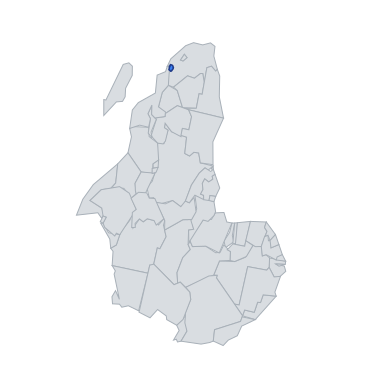 eSwatini on a map of Africa (Equal Earth projection), rotated 192°
{"feature_id": "SWZ", "entity_name": "eSwatini", "entity_type": "country or territory", "adm_level": 0, "iso_a3": "SWZ", "parent_name": "Africa", "parent_adm1": "", "projection": "equal_earth", "projection_center": [31.569, -26.526], "detail": "fine", "context": "in_parent", "style": "filled", "palette": "blue", "viewbox_px": 384, "rotation_deg": 192, "n_neighbors": 49, "source": "natural_earth", "source_scale": "50m", "svg_char_len": 10619}
<svg xmlns="http://www.w3.org/2000/svg" viewBox="0 0 384 384"><g transform="rotate(192 192 192)"><path d="M245.9,201.0L262.8,217.0L262.7,233.4L266.2,241.2L263.6,243.7L247.9,246.3L245.4,237.3L235.8,232.7L232.3,224.9L231.3,216.3L235.9,211.4L234.8,201.8L245.9,201.0Z" fill="#d9dde1" stroke="#a8b0b8" stroke-width="1"/><path d="M116.8,81.4L116.0,87.5L106.1,87.3L104.9,97.8L102.0,98.1L101.0,106.2L88.0,107.6L103.6,80.3L116.8,81.4Z" fill="#d9dde1" stroke="#a8b0b8" stroke-width="1"/><path d="M231.3,216.3L235.8,232.7L229.5,233.5L228.3,247.5L232.3,249.1L232.6,253.7L224.5,246.7L208.7,244.5L207.1,228.2L201.9,226.7L198.5,231.2L193.6,231.6L189.9,222.2L176.7,221.8L181.1,216.3L184.3,218.3L188.8,212.1L194.0,198.7L196.9,178.8L199.9,175.3L209.2,179.6L219.6,174.3L225.1,174.4L228.4,178.5L232.5,177.1L237.2,187.4L233.1,194.3L231.3,216.3Z" fill="#d9dde1" stroke="#a8b0b8" stroke-width="1"/><path d="M270.5,204.1L268.5,184.9L272.2,178.7L281.2,175.4L290.0,162.5L276.9,157.5L273.3,151.5L275.1,147.7L279.8,152.1L300.2,145.3L297.3,162.2L290.1,178.7L270.5,204.1Z" fill="#d9dde1" stroke="#a8b0b8" stroke-width="1"/><path d="M262.8,217.0L245.9,201.0L249.5,188.7L246.2,178.6L250.3,173.2L259.4,181.4L271.3,180.0L268.5,184.9L270.5,204.1L262.8,217.0Z" fill="#d9dde1" stroke="#a8b0b8" stroke-width="1"/><path d="M216.2,161.5L213.8,159.7L212.7,158.4L213.0,153.6L208.0,142.9L211.6,129.8L214.3,130.1L214.5,111.7L218.1,111.7L218.2,103.4L254.8,103.4L256.9,117.5L259.8,120.1L255.0,124.5L253.3,138.8L247.0,151.3L246.1,159.6L242.2,144.4L237.8,154.8L233.5,152.7L230.2,156.5L223.2,156.2L217.9,152.8L214.0,159.9L216.2,161.5Z" fill="#d9dde1" stroke="#a8b0b8" stroke-width="1"/><path d="M214.4,113.5L214.3,130.1L211.6,129.8L208.0,142.9L210.9,149.1L195.2,163.0L186.6,165.0L182.6,155.9L187.4,154.0L184.9,139.8L181.7,135.4L187.4,125.9L189.9,110.1L187.1,99.9L190.3,97.6L214.4,113.5Z" fill="#d9dde1" stroke="#a8b0b8" stroke-width="1"/><path d="M192.7,317.2L194.0,315.2L199.1,319.1L203.3,316.7L202.8,301.8L206.1,310.1L208.3,309.7L213.3,303.8L220.5,304.7L231.9,290.7L237.3,291.4L239.6,300.1L239.3,306.1L236.9,305.7L235.8,309.8L237.6,312.0L242.3,309.8L240.4,317.9L228.6,333.8L221.5,338.4L212.1,338.1L204.9,341.7L199.8,339.2L198.9,329.5L192.7,317.2ZM230.7,318.7L228.0,318.3L224.8,322.4L228.1,325.1L230.7,318.7Z" fill="#d9dde1" stroke="#a8b0b8" stroke-width="1"/><path d="M230.7,318.7L228.1,325.1L224.8,322.4L228.0,318.3L230.7,318.7Z" fill="#d9dde1" stroke="#a8b0b8" stroke-width="1"/><path d="M237.3,291.4L227.5,288.2L218.8,272.6L224.3,273.4L234.4,263.2L242.5,268.3L241.8,283.3L237.3,291.4Z" fill="#d9dde1" stroke="#a8b0b8" stroke-width="1"/><path d="M231.9,290.7L220.5,304.7L213.3,303.8L208.3,309.7L206.1,310.1L202.8,301.8L202.4,289.7L205.5,289.6L205.2,274.8L218.8,272.6L227.5,288.2L231.9,290.7Z" fill="#d9dde1" stroke="#a8b0b8" stroke-width="1"/><path d="M202.4,289.7L203.3,316.7L199.1,319.1L194.0,315.2L192.7,317.2L189.0,311.2L185.1,290.8L176.5,270.8L218.2,271.9L205.2,274.8L205.5,289.6L202.4,289.7Z" fill="#d9dde1" stroke="#a8b0b8" stroke-width="1"/><path d="M86.3,138.7L83.8,133.9L89.1,126.6L94.0,126.0L100.9,134.3L102.4,143.6L86.0,143.8L85.7,140.6L95.3,139.0L86.3,138.7Z" fill="#d9dde1" stroke="#a8b0b8" stroke-width="1"/><path d="M102.4,143.6L100.9,134.3L102.7,131.1L122.0,130.6L122.4,91.3L127.1,91.2L150.2,113.0L150.1,115.7L153.5,115.3L150.8,130.3L135.9,132.8L126.3,139.2L121.3,152.4L112.9,153.1L109.9,144.1L106.5,146.1L102.4,143.6Z" fill="#d9dde1" stroke="#a8b0b8" stroke-width="1"/><path d="M88.0,107.6L101.0,106.2L102.0,98.1L104.9,97.8L106.1,87.3L116.0,87.5L116.8,81.4L127.1,91.2L122.4,91.3L122.0,130.6L102.7,131.1L100.9,134.3L94.0,126.0L87.9,127.9L90.1,111.3L88.0,107.6Z" fill="#d9dde1" stroke="#a8b0b8" stroke-width="1"/><path d="M146.5,170.0L143.8,170.5L143.5,157.7L140.8,152.0L147.7,144.4L150.5,150.8L146.8,160.4L146.5,170.0Z" fill="#d9dde1" stroke="#a8b0b8" stroke-width="1"/><path d="M187.1,99.9L189.9,110.1L187.4,125.9L181.7,135.4L184.9,139.8L183.5,143.4L180.2,138.7L167.3,141.9L156.2,137.5L151.9,138.9L150.0,146.9L142.0,141.8L140.4,133.0L150.8,130.3L153.5,115.3L178.4,97.4L184.8,101.4L187.1,99.9Z" fill="#d9dde1" stroke="#a8b0b8" stroke-width="1"/><path d="M146.5,170.0L152.7,138.0L167.3,141.9L180.2,138.7L184.7,145.1L175.3,166.9L167.3,169.2L164.9,176.4L156.5,178.6L151.7,169.9L146.5,170.0Z" fill="#d9dde1" stroke="#a8b0b8" stroke-width="1"/><path d="M184.6,141.8L187.4,154.0L182.6,155.9L187.1,163.8L183.9,176.5L188.5,189.5L168.5,187.1L164.8,177.6L165.7,173.3L170.2,166.6L175.3,166.9L184.6,141.8Z" fill="#d9dde1" stroke="#a8b0b8" stroke-width="1"/><path d="M141.3,149.7L143.8,170.5L141.2,171.4L138.3,151.0L141.3,149.7Z" fill="#d9dde1" stroke="#a8b0b8" stroke-width="1"/><path d="M138.6,149.6L141.2,171.4L128.7,175.4L129.2,149.9L138.6,149.6Z" fill="#d9dde1" stroke="#a8b0b8" stroke-width="1"/><path d="M112.9,153.1L118.7,151.7L129.3,155.5L128.7,175.4L113.1,178.1L113.7,172.4L110.5,169.1L112.9,153.1Z" fill="#d9dde1" stroke="#a8b0b8" stroke-width="1"/><path d="M95.5,143.0L106.5,146.1L109.9,144.1L112.9,153.1L111.7,163.9L108.7,165.5L107.1,160.2L104.7,161.0L103.1,153.8L96.1,158.7L90.6,149.5L95.5,143.0Z" fill="#d9dde1" stroke="#a8b0b8" stroke-width="1"/><path d="M86.0,143.8L95.5,143.0L95.2,146.2L90.6,149.5L86.0,143.8Z" fill="#d9dde1" stroke="#a8b0b8" stroke-width="1"/><path d="M111.2,163.9L110.5,169.1L113.7,172.4L113.1,178.1L101.5,167.7L105.6,160.8L108.7,165.5L111.2,163.9Z" fill="#d9dde1" stroke="#a8b0b8" stroke-width="1"/><path d="M96.1,158.7L103.1,153.8L105.6,160.8L101.5,167.7L96.1,158.7Z" fill="#d9dde1" stroke="#a8b0b8" stroke-width="1"/><path d="M121.3,152.4L125.4,140.2L135.9,132.8L140.4,133.0L142.0,141.8L145.6,142.8L141.3,149.7L129.2,149.9L129.3,155.5L121.3,152.4Z" fill="#d9dde1" stroke="#a8b0b8" stroke-width="1"/><path d="M225.1,174.4L215.6,174.9L209.2,179.6L199.9,175.3L196.6,181.8L192.4,180.9L188.8,187.1L183.9,173.5L186.6,165.0L195.2,163.0L210.9,149.1L212.7,158.4L225.1,174.4Z" fill="#d9dde1" stroke="#a8b0b8" stroke-width="1"/><path d="M196.6,181.8L194.0,198.7L188.8,212.1L184.3,218.3L178.0,216.0L175.8,218.6L173.1,214.0L175.5,211.6L174.3,208.8L177.8,205.3L182.3,207.5L183.7,202.6L181.8,196.7L183.2,191.7L180.0,191.2L179.4,187.1L188.5,189.5L192.4,180.9L196.6,181.8Z" fill="#d9dde1" stroke="#a8b0b8" stroke-width="1"/><path d="M173.6,187.2L179.0,186.9L180.0,191.2L183.2,191.7L181.8,196.7L183.7,202.6L182.3,207.5L177.8,205.3L174.3,208.8L175.5,211.6L173.1,214.0L165.7,201.7L167.9,192.6L173.7,192.3L173.6,187.2Z" fill="#d9dde1" stroke="#a8b0b8" stroke-width="1"/><path d="M168.5,187.1L173.6,187.2L173.7,192.3L167.9,192.6L168.5,187.1Z" fill="#d9dde1" stroke="#a8b0b8" stroke-width="1"/><path d="M235.8,232.7L243.7,238.4L242.0,255.6L243.6,256.7L234.1,260.2L234.4,263.2L224.3,273.4L212.4,271.7L208.1,265.6L208.0,252.2L214.6,252.2L214.2,243.8L224.5,246.7L232.6,253.7L232.3,249.1L228.3,247.5L228.6,236.3L230.3,233.0L235.8,232.7Z" fill="#d9dde1" stroke="#a8b0b8" stroke-width="1"/><path d="M242.2,236.5L247.1,240.5L247.9,255.1L251.4,259.4L249.3,268.7L247.6,259.4L242.0,255.6L244.5,242.1L242.2,236.5Z" fill="#d9dde1" stroke="#a8b0b8" stroke-width="1"/><path d="M247.9,246.3L257.1,246.5L266.2,241.2L267.4,259.8L263.1,268.3L248.4,281.2L250.4,299.1L242.9,304.2L242.3,309.8L240.0,309.8L237.3,291.4L241.8,283.3L242.5,268.3L234.6,264.8L234.1,260.2L243.6,256.7L247.6,259.4L249.3,268.7L251.4,259.4L247.9,255.1L247.9,246.3Z" fill="#d9dde1" stroke="#a8b0b8" stroke-width="1"/><path d="M175.8,218.6L178.1,218.4L176.7,221.8L175.8,218.6ZM177.1,223.1L189.9,222.2L193.6,231.6L198.5,231.2L201.9,226.7L207.1,228.2L208.7,244.5L214.6,245.1L214.6,252.2L208.0,252.2L208.1,265.6L212.4,271.7L176.5,270.8L182.0,245.4L177.1,223.1Z" fill="#d9dde1" stroke="#a8b0b8" stroke-width="1"/><path d="M234.9,207.3L235.9,211.4L231.3,216.3L230.3,209.1L234.9,207.3Z" fill="#d9dde1" stroke="#a8b0b8" stroke-width="1"/><path d="M294.2,248.5L297.5,264.1L295.3,264.1L285.8,302.5L280.6,305.2L276.5,302.7L274.7,293.6L278.5,279.7L277.2,271.2L278.8,266.2L284.7,264.4L294.2,248.5Z" fill="#d9dde1" stroke="#a8b0b8" stroke-width="1"/><path d="M85.7,140.6L91.5,137.5L95.3,139.0L85.7,140.6Z" fill="#d9dde1" stroke="#a8b0b8" stroke-width="1"/><path d="M172.5,69.7L168.0,54.8L171.7,43.8L175.0,42.3L176.7,44.7L179.3,43.3L175.8,53.9L179.3,58.5L172.5,69.7Z" fill="#d9dde1" stroke="#a8b0b8" stroke-width="1"/><path d="M116.8,81.4L117.6,75.5L141.3,62.0L140.2,50.6L143.3,48.5L151.5,45.1L171.7,43.8L168.0,54.8L171.8,62.6L173.3,73.2L170.9,86.6L173.4,93.6L178.4,97.4L158.0,113.4L150.1,115.7L150.2,113.0L116.8,81.4Z" fill="#d9dde1" stroke="#a8b0b8" stroke-width="1"/><path d="M253.8,135.2L255.0,124.5L259.8,120.1L262.6,128.8L274.8,142.5L272.5,143.1L265.1,134.8L253.8,135.2Z" fill="#d9dde1" stroke="#a8b0b8" stroke-width="1"/><path d="M103.6,80.3L115.5,71.2L117.8,60.8L125.7,54.7L129.6,48.3L140.2,50.6L141.3,62.0L117.6,75.5L117.0,80.3L103.6,80.3Z" fill="#d9dde1" stroke="#a8b0b8" stroke-width="1"/><path d="M254.8,103.4L218.2,103.4L219.5,64.7L230.6,67.5L236.7,64.7L239.6,67.2L246.5,66.1L248.5,72.9L246.3,79.6L240.7,71.9L251.1,95.5L250.6,98.9L254.8,103.4Z" fill="#d9dde1" stroke="#a8b0b8" stroke-width="1"/><path d="M218.8,63.4L218.1,111.7L214.4,113.5L190.3,97.6L184.8,101.4L173.4,93.6L170.9,86.6L174.3,65.4L179.3,58.5L190.2,61.9L191.4,65.4L201.2,69.9L206.9,60.2L218.8,63.4Z" fill="#d9dde1" stroke="#a8b0b8" stroke-width="1"/><path d="M290.0,162.5L281.2,175.4L264.0,182.2L253.1,177.8L242.9,163.4L253.8,135.2L257.4,136.0L258.4,132.9L270.1,139.3L272.5,143.1L270.7,149.5L274.0,150.0L276.9,157.5L290.0,162.5Z" fill="#d9dde1" stroke="#a8b0b8" stroke-width="1"/><path d="M272.5,143.1L275.6,143.8L274.0,150.0L270.7,149.5L272.5,143.1Z" fill="#d9dde1" stroke="#a8b0b8" stroke-width="1"/><path d="M245.9,201.0L232.1,202.7L237.4,180.6L246.2,178.6L247.7,181.6L249.5,188.7L245.9,201.0Z" fill="#d9dde1" stroke="#a8b0b8" stroke-width="1"/><path d="M234.8,201.8L235.9,206.7L230.3,209.1L231.2,203.9L234.8,201.8Z" fill="#d9dde1" stroke="#a8b0b8" stroke-width="1"/><path d="M236.1,181.8L232.5,177.1L227.0,177.9L214.0,159.9L220.1,152.2L223.2,156.2L230.2,156.5L233.5,152.7L237.8,154.8L241.1,149.4L240.1,145.6L243.6,144.7L246.1,159.6L242.9,163.4L250.3,173.2L244.3,180.6L236.1,181.8Z" fill="#d9dde1" stroke="#a8b0b8" stroke-width="1"/><path d="M239.6,306.6L240.0,306.9L240.0,307.2L240.0,307.7L239.9,307.9L239.9,308.2L240.0,308.6L240.1,308.9L240.1,310.2L239.8,310.1L239.7,310.1L239.7,310.7L239.6,311.5L239.6,312.1L239.0,312.1L238.2,312.0L237.6,311.8L236.9,311.3L236.5,310.5L236.4,310.0L236.2,310.0L236.1,309.9L236.1,309.3L236.1,308.6L236.6,307.7L236.8,307.2L237.0,306.7L237.4,306.1L237.7,305.8L237.9,305.7L238.0,305.7L238.7,306.2L239.4,306.7L239.5,306.7L239.6,306.6Z" fill="#3b82f6" stroke="#1e3a8a" stroke-width="1.5"/></g></svg>